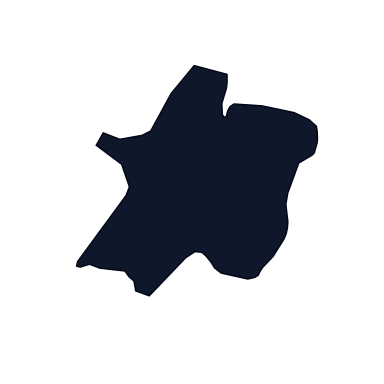 outline of Zasavska, rotated 313°
{"feature_id": "SVN-1006", "entity_name": "Zasavska", "entity_type": "Statistical Region", "adm_level": 1, "iso_a3": "SVN", "parent_name": "Slovenia", "parent_adm1": "", "projection": "albers", "projection_center": [14.936, 46.152], "detail": "fine", "context": "isolated", "style": "filled", "palette": "ink", "viewbox_px": 384, "rotation_deg": 313, "n_neighbors": 0, "source": "natural_earth", "source_scale": "10m", "svg_char_len": 891}
<svg xmlns="http://www.w3.org/2000/svg" viewBox="0 0 384 384"><g transform="rotate(313 192 192)"><path d="M176.2,297.2L172.1,296.0L166.4,292.1L152.6,268.6L151.9,260.1L153.6,254.1L154.8,246.0L154.6,240.3L150.4,234.8L139.6,232.2L86.9,231.5L81.3,218.3L87.3,210.3L87.1,203.5L88.5,196.8L73.5,176.6L69.3,166.3L60.8,161.4L59.1,158.2L63.0,155.8L144.5,146.2L153.1,142.7L164.3,121.7L160.9,90.1L174.7,86.8L181.2,103.2L199.4,116.9L208.5,120.2L249.8,109.6L285.9,107.4L301.9,137.4L296.3,142.7L291.5,146.3L277.1,153.4L269.2,161.5L268.6,165.0L271.0,165.5L275.2,163.0L280.2,161.6L285.0,162.7L302.7,184.4L319.7,212.6L324.7,228.4L324.9,238.1L321.6,242.3L316.4,247.6L313.4,249.9L304.3,254.6L302.4,254.8L300.7,254.6L286.0,250.3L256.6,262.7L247.0,269.0L235.5,282.5L231.0,286.1L226.0,289.2L220.4,291.3L200.2,295.2L185.0,295.1L180.2,295.9L176.2,297.2Z" fill="#0f172a" stroke="#020617" stroke-width="1.5"/></g></svg>